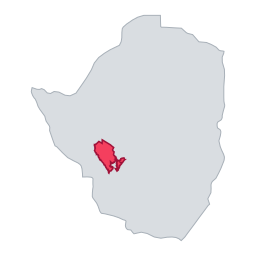 Umguza, Matabeleland North, Zimbabwe shown in context
{"feature_id": "62879985B92853728292751", "entity_name": "Umguza", "entity_type": "district", "adm_level": 2, "iso_a3": "ZWE", "parent_name": "Zimbabwe", "parent_adm1": "Matabeleland North", "projection": "equal_earth", "projection_center": [27.996, -19.86], "detail": "fine", "context": "in_parent", "style": "filled", "palette": "rose", "viewbox_px": 256, "rotation_deg": 0, "n_neighbors": 0, "source": "geoboundaries", "source_scale": "gbopen_adm2", "svg_char_len": 5980}
<svg xmlns="http://www.w3.org/2000/svg" viewBox="0 0 256 256"><path d="M181.2,240.6L179.0,238.8L176.0,237.5L172.1,237.0L167.1,237.2L160.9,238.2L154.3,237.0L147.2,233.5L141.3,232.2L134.3,233.7L134.0,233.8L132.8,232.6L130.8,230.0L127.6,229.6L126.8,228.9L126.1,228.0L125.6,226.8L125.4,225.4L126.0,221.2L125.7,220.7L124.8,220.2L123.1,219.7L118.8,217.7L113.5,215.9L104.9,213.8L101.5,213.3L100.8,212.7L99.8,211.1L98.1,206.2L96.6,203.0L92.9,198.0L92.3,196.5L92.4,192.5L92.7,189.3L93.1,186.6L92.9,184.0L92.9,180.9L93.0,178.8L92.5,177.9L91.1,177.2L87.3,176.9L82.6,177.0L82.5,173.8L82.0,168.9L81.2,166.0L80.1,164.5L77.9,162.9L73.6,160.8L67.7,157.6L62.6,152.8L56.8,146.8L55.0,145.8L52.9,140.2L49.6,130.6L49.8,127.4L49.3,125.8L46.1,121.1L45.4,118.6L44.8,116.2L39.7,109.2L38.0,106.2L36.7,102.3L35.3,99.2L34.2,98.0L32.8,95.8L31.8,93.4L31.3,91.6L31.7,89.2L32.1,87.6L37.0,89.3L39.6,89.4L41.6,88.6L44.2,89.7L47.2,92.9L50.5,93.5L54.1,91.5L58.9,92.1L65.0,95.2L70.1,95.8L76.0,93.1L81.4,85.4L86.4,78.1L91.4,69.8L94.3,63.0L98.7,57.5L104.5,53.2L110.4,49.6L119.4,45.3L121.2,41.6L121.8,37.7L121.9,32.2L122.3,28.6L123.3,27.0L124.8,25.7L126.7,24.0L132.7,19.9L137.7,17.2L143.7,15.4L150.4,15.4L156.8,15.4L160.4,15.4L160.5,20.7L160.7,26.6L161.4,27.2L166.2,27.3L173.9,27.8L181.4,28.2L186.1,32.5L187.7,33.4L192.6,34.6L198.9,41.8L206.5,42.5L211.7,44.7L216.2,47.2L218.9,50.1L220.6,50.8L222.9,51.0L224.0,51.3L223.7,53.4L222.2,57.1L222.3,62.2L224.4,69.4L224.6,75.6L223.8,86.6L223.8,97.2L223.9,101.0L224.3,103.5L224.7,104.9L224.6,106.5L223.3,110.9L222.2,115.6L222.2,117.5L221.8,118.8L221.0,120.0L217.7,122.1L217.1,123.5L217.1,125.9L217.5,127.9L218.7,128.7L220.2,129.8L220.8,131.3L220.8,132.9L220.3,135.9L218.9,140.8L220.2,146.5L221.6,150.1L223.6,154.3L224.4,157.0L224.3,158.8L224.0,160.6L220.9,168.4L218.6,173.2L215.9,178.3L212.3,181.5L211.4,183.1L211.0,184.8L211.1,188.7L210.9,192.7L207.8,198.8L209.6,204.2L209.2,204.6L208.2,205.4L203.8,211.4L199.3,217.4L196.1,221.8L192.4,226.8L188.2,232.4L184.7,237.2L181.2,240.6Z" fill="#d9dde1" stroke="#a8b0b8" stroke-width="1"/><path d="M98.9,141.4L95.9,144.3L95.8,144.2L95.7,144.1L95.4,144.2L95.4,144.3L95.2,144.3L95.0,144.6L94.9,144.6L95.0,144.7L95.0,144.8L94.9,144.9L94.7,145.1L94.6,145.3L94.4,145.5L94.5,145.7L94.5,145.9L94.5,146.0L94.7,146.3L94.8,146.4L95.0,146.4L95.0,146.6L95.0,146.8L95.1,147.1L94.9,147.6L94.8,147.8L94.9,148.0L95.2,148.2L95.3,148.2L95.3,148.3L95.2,148.4L95.0,148.5L94.9,148.8L94.9,149.2L94.9,149.4L94.9,149.6L94.8,150.0L94.6,150.3L94.5,150.5L94.8,150.8L94.9,151.0L94.9,151.3L95.1,151.5L95.1,151.8L95.3,152.2L95.5,152.3L95.8,152.7L95.9,152.8L96.1,152.8L96.2,153.1L96.1,153.3L96.1,153.5L96.4,153.6L96.5,153.6L96.5,153.8L96.5,154.0L96.6,153.9L96.8,154.0L96.8,154.3L96.9,154.5L97.1,154.7L97.4,154.8L97.5,154.8L97.6,154.7L97.8,154.8L98.0,154.8L98.0,155.0L98.1,155.4L98.1,155.5L98.2,155.8L98.3,155.8L98.2,156.0L98.2,156.3L98.4,156.5L98.5,156.6L98.5,156.8L98.5,157.1L98.5,157.3L98.7,157.6L98.8,157.6L99.0,157.6L99.2,157.8L99.3,157.9L99.3,158.2L99.4,158.3L99.4,158.5L99.4,158.8L99.6,159.0L99.6,159.3L99.7,159.5L99.8,159.4L99.9,159.5L100.0,159.6L100.3,159.6L100.2,159.9L100.2,160.0L100.3,160.1L100.5,160.3L100.6,160.2L100.9,160.3L101.0,160.4L101.0,160.5L101.3,160.5L101.4,160.8L101.6,161.0L102.6,162.5L103.0,162.8L103.6,163.4L103.7,163.6L103.8,164.0L103.9,164.5L104.1,164.9L104.3,164.9L104.4,165.0L104.5,165.0L104.5,164.9L104.6,165.0L104.8,165.0L105.0,165.1L105.2,165.3L105.2,165.5L105.1,165.8L105.3,165.9L105.4,166.0L105.6,166.5L105.7,167.0L105.9,167.2L105.9,167.4L106.0,167.5L106.3,167.7L106.3,167.9L106.4,168.1L106.6,168.2L106.6,168.3L106.6,168.7L106.8,168.8L107.1,169.0L107.2,169.3L107.3,169.4L107.4,169.5L107.5,169.5L107.8,170.1L107.9,170.4L108.0,170.5L108.2,170.2L108.6,172.9L108.9,173.2L109.2,172.3L109.3,172.1L109.5,171.6L109.8,170.9L110.1,170.8L110.4,170.9L110.6,171.0L111.0,170.9L111.3,170.6L111.8,170.0L111.8,169.8L112.0,169.6L112.0,169.4L112.3,169.0L112.7,169.0L113.1,167.8L113.0,167.6L112.8,167.4L112.6,167.5L112.5,167.4L112.4,167.5L112.6,166.8L111.1,166.4L111.1,166.5L111.3,166.5L111.2,166.7L111.3,166.8L111.4,167.1L110.3,166.8L110.0,166.3L111.0,166.3L110.7,165.6L110.2,165.6L110.4,165.1L110.7,165.1L110.5,161.7L110.8,162.0L111.1,162.2L111.2,162.3L111.5,162.5L111.8,163.0L112.0,163.5L113.1,163.1L113.1,162.6L113.6,162.2L113.7,162.3L113.8,162.3L113.8,162.5L114.0,162.6L114.0,162.8L114.1,163.0L114.1,162.6L114.6,162.1L114.7,161.8L115.5,159.9L116.4,161.3L117.0,161.7L117.0,161.9L116.8,162.1L116.5,162.8L116.5,163.1L116.4,163.2L116.4,163.3L117.0,163.4L116.8,163.9L116.8,164.0L116.7,164.1L116.7,164.5L116.5,164.9L117.0,164.9L116.5,166.2L116.8,166.6L117.0,166.8L117.1,166.7L117.1,166.8L117.2,167.0L117.4,167.3L117.7,167.5L117.7,167.9L117.5,168.1L117.4,168.3L117.4,168.5L117.1,168.3L117.1,168.5L116.8,168.5L116.9,168.9L116.8,169.0L116.5,168.7L116.3,168.7L116.2,168.8L116.2,168.7L116.1,168.8L115.9,168.8L115.7,168.8L115.4,168.7L115.8,169.4L116.1,169.7L116.7,170.5L117.0,171.1L118.3,170.0L118.3,169.9L118.1,169.5L118.8,168.5L119.0,168.3L119.4,167.1L119.8,165.9L119.4,165.8L119.5,165.7L119.6,165.8L119.6,165.6L119.7,165.3L120.0,165.2L120.1,165.5L121.7,163.7L120.6,162.6L122.6,162.5L124.2,160.2L124.8,159.7L124.7,159.7L124.0,157.9L122.0,158.2L122.0,158.3L120.8,158.7L120.6,160.1L119.9,160.2L119.7,161.1L119.1,160.2L118.8,160.3L118.5,160.5L118.3,160.7L118.2,160.9L117.8,161.1L117.1,159.7L116.7,159.9L116.5,159.3L116.4,159.4L116.2,159.0L116.2,158.9L116.3,158.7L116.1,158.6L115.9,158.7L115.9,158.3L115.8,158.1L115.6,158.2L115.8,157.9L115.7,157.9L115.7,157.7L115.6,157.8L115.4,157.6L115.5,157.5L115.6,157.3L115.5,157.2L115.3,157.1L115.2,157.2L115.3,156.9L115.2,156.9L114.9,156.5L115.0,156.3L114.7,156.1L114.5,155.6L114.0,155.6L113.5,154.6L114.1,151.9L113.7,151.7L112.8,150.5L112.7,150.3L112.6,150.1L112.6,149.7L112.8,149.4L113.7,147.5L112.8,146.8L111.5,145.8L110.9,145.2L110.4,144.8L107.6,143.1L105.6,141.9L105.3,141.7L104.0,140.9L103.4,140.5L102.2,139.8L102.1,143.4L101.6,143.1L100.4,142.3L98.9,141.4Z" fill="#f43f5e" stroke="#9f1239" stroke-width="1.5"/></svg>